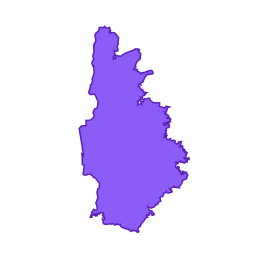 the district of Tulkarm, West Bank, Palestine, rotated 349°
{"feature_id": "87354302B17069565895340", "entity_name": "Tulkarm", "entity_type": "district", "adm_level": 2, "iso_a3": "PSE", "parent_name": "Palestine", "parent_adm1": "West Bank", "projection": "robinson", "projection_center": [35.087, 32.327], "detail": "fine", "context": "isolated", "style": "filled", "palette": "violet", "viewbox_px": 256, "rotation_deg": 349, "n_neighbors": 0, "source": "geoboundaries", "source_scale": "gbopen_adm2", "svg_char_len": 5914}
<svg xmlns="http://www.w3.org/2000/svg" viewBox="0 0 256 256"><g transform="rotate(349 128 128)"><path d="M151.5,85.7L153.4,82.5L155.8,79.9L157.2,79.3L162.6,79.5L163.1,78.8L162.8,76.9L161.9,75.9L159.8,75.8L153.8,76.7L152.7,76.3L151.8,76.5L150.9,77.2L149.0,74.4L148.6,74.5L147.5,73.1L148.1,72.5L148.0,72.0L146.9,72.4L146.5,71.7L145.6,71.9L145.7,71.4L145.0,71.7L144.8,71.0L147.5,69.4L147.0,68.0L149.6,64.4L153.2,62.4L154.6,57.4L152.8,54.3L154.1,53.7L153.7,52.7L150.4,51.7L149.8,52.3L138.8,54.3L134.4,56.3L129.7,54.3L129.1,54.7L129.6,55.9L128.4,56.7L128.8,57.2L126.9,57.7L127.4,55.0L128.7,54.0L129.4,52.7L129.1,51.1L129.4,49.3L131.0,50.4L132.7,50.3L133.2,47.5L132.4,46.5L133.9,44.2L134.5,43.8L134.4,43.4L134.7,41.3L136.0,37.8L134.1,33.6L132.7,31.9L130.6,31.2L129.7,31.4L127.9,31.0L128.2,29.7L128.8,30.0L129.6,28.9L129.0,27.6L129.2,26.3L128.9,25.6L127.2,26.1L126.1,25.8L124.3,23.8L123.9,24.2L121.8,24.7L120.0,23.9L119.0,23.9L117.7,27.2L114.7,28.7L113.2,30.7L113.2,35.8L112.7,37.0L110.9,38.8L111.0,39.5L110.5,39.6L110.3,40.6L109.8,40.8L110.2,41.7L109.6,42.9L109.3,46.6L107.6,49.7L107.1,51.5L107.5,54.2L105.8,55.7L104.9,57.5L105.3,60.5L106.1,60.6L105.3,67.8L102.2,72.8L102.0,75.0L101.0,77.2L100.5,77.6L100.5,78.2L99.3,78.6L99.2,79.6L98.0,82.4L96.1,85.6L97.1,87.9L100.3,88.2L102.0,88.9L103.7,96.4L103.0,98.2L103.1,98.8L101.5,102.3L99.7,103.0L98.8,102.9L98.3,104.1L97.6,104.4L96.9,105.6L96.6,106.8L97.3,109.4L96.3,111.0L92.9,113.0L89.6,112.9L88.3,112.4L87.3,117.7L82.7,117.1L80.0,119.2L79.5,138.2L79.1,140.6L79.4,140.6L79.3,144.9L78.9,145.0L78.7,147.2L78.3,147.1L78.6,144.7L77.8,144.2L77.6,147.6L76.2,155.0L76.5,155.5L78.0,156.1L75.1,164.8L75.6,165.5L77.7,166.2L78.7,166.2L79.8,165.5L82.6,166.4L83.3,167.6L84.1,168.1L84.9,170.1L86.4,170.7L89.6,177.3L88.8,179.0L88.3,181.4L86.7,182.2L85.2,185.4L85.2,190.7L82.0,195.7L82.6,197.7L82.4,201.2L82.6,202.1L81.0,202.8L78.7,201.2L77.5,202.9L76.6,203.4L76.1,204.3L76.4,204.8L73.9,208.4L75.5,208.7L76.1,206.5L78.6,207.1L79.3,208.2L81.0,208.2L81.2,207.2L78.8,206.4L78.7,206.0L81.1,206.8L81.2,206.2L82.1,206.6L82.7,205.9L83.4,206.0L83.0,206.8L83.9,207.0L84.2,206.2L85.8,205.9L87.6,206.6L87.5,207.2L86.4,208.5L87.6,208.9L86.5,210.8L87.7,210.5L88.0,211.6L87.1,213.3L85.5,212.8L85.9,214.1L85.5,216.2L85.7,217.2L86.3,217.7L88.7,218.6L91.4,218.4L92.7,219.1L95.0,219.1L97.1,220.9L98.5,219.8L99.1,220.5L100.7,221.2L102.4,221.3L101.9,222.4L102.8,224.1L107.5,227.0L108.8,227.1L109.0,227.8L110.2,228.5L111.1,230.1L111.8,230.1L113.2,229.2L114.7,230.2L116.8,230.8L117.2,232.1L118.1,232.2L118.9,231.5L118.5,229.9L118.2,229.8L118.4,228.7L119.5,227.7L121.2,226.9L122.8,224.5L126.4,221.8L128.0,219.7L130.3,219.3L129.3,217.1L129.9,216.8L132.0,217.7L132.5,215.5L134.8,217.1L134.9,218.3L137.3,218.1L137.0,216.3L135.6,215.2L135.7,214.0L133.2,213.2L132.4,209.0L134.4,210.5L135.8,211.0L139.0,210.3L139.8,209.2L140.9,209.1L141.3,208.2L143.0,208.3L143.6,206.7L146.2,206.0L146.1,203.8L145.6,202.7L147.3,201.8L149.0,201.8L151.1,198.6L152.7,198.6L153.5,197.5L153.8,198.4L154.9,199.5L158.8,199.3L159.2,198.5L158.8,198.1L158.9,197.2L158.0,197.1L157.3,195.6L158.3,195.6L159.0,195.1L161.7,194.5L162.3,194.9L162.3,194.3L163.2,195.2L167.1,196.6L167.3,195.2L169.3,193.6L171.2,191.2L170.9,190.5L171.2,190.0L175.6,189.0L175.8,188.3L176.5,187.6L176.4,187.2L177.6,186.2L177.5,184.7L176.5,184.1L176.9,182.7L175.8,182.1L174.5,182.1L174.0,181.2L173.5,181.0L172.8,182.5L174.1,183.5L171.6,183.9L171.0,181.9L171.7,180.9L170.7,179.5L170.2,180.1L169.8,179.7L169.6,179.0L169.9,178.5L169.4,177.8L170.6,176.9L170.6,176.1L169.3,175.4L168.4,177.0L167.3,175.6L167.6,174.1L169.0,171.8L168.2,171.0L168.7,170.8L170.1,172.5L171.0,170.8L172.8,170.5L173.1,171.6L174.2,171.2L174.4,171.9L175.7,172.3L175.6,172.6L176.7,173.2L178.2,172.4L179.6,172.6L179.6,171.9L178.6,171.5L179.4,170.8L179.9,171.1L180.5,170.8L180.7,170.0L181.9,170.5L182.1,169.9L181.5,169.7L181.8,168.9L177.9,169.2L176.5,167.9L177.6,168.4L178.5,168.3L179.4,167.4L179.1,165.9L180.2,165.5L179.9,164.6L181.1,164.1L181.3,163.5L180.4,162.4L179.9,163.0L179.0,162.7L178.5,161.8L178.2,160.9L179.4,161.4L179.5,160.1L178.5,160.1L178.5,159.3L177.7,159.2L178.1,157.3L177.7,156.4L178.1,156.4L178.1,155.9L177.1,155.9L176.7,156.5L176.2,156.6L174.9,156.3L175.8,155.7L175.9,155.0L176.1,155.6L176.5,154.9L176.4,154.3L177.9,151.4L174.8,151.3L174.9,152.4L173.0,153.1L172.7,152.5L171.7,152.5L171.0,151.2L171.9,149.9L170.6,148.7L169.0,149.0L167.2,147.7L167.7,146.6L164.7,147.0L164.1,146.7L163.6,144.1L164.9,142.6L164.4,141.9L163.4,142.5L162.6,144.2L161.8,143.7L162.6,142.5L162.6,140.8L164.6,140.3L164.1,138.6L164.6,138.6L165.0,137.7L165.3,137.6L165.0,136.5L166.2,135.2L167.6,135.4L168.9,134.8L168.9,131.9L168.7,131.0L169.2,130.5L168.0,130.4L166.8,130.9L167.3,131.4L166.6,132.2L166.0,132.3L164.6,132.0L164.4,132.3L163.8,131.9L163.3,131.0L163.5,130.5L164.1,130.5L163.8,130.1L164.1,129.9L165.7,130.3L166.2,130.0L166.9,130.4L166.8,130.0L167.4,129.8L170.6,130.1L170.9,129.9L170.5,128.8L171.7,127.5L171.3,126.6L170.5,126.6L170.3,125.8L168.3,126.0L168.3,125.6L168.9,125.3L170.3,125.0L169.6,122.7L168.1,122.2L168.3,121.5L166.9,121.1L167.3,120.0L166.8,119.3L168.6,119.6L168.5,118.8L169.6,118.2L169.6,117.5L170.8,115.7L172.7,115.3L169.5,113.9L168.0,115.3L163.4,113.0L162.7,112.5L163.2,112.1L163.8,109.4L157.6,108.0L155.4,105.5L154.8,102.9L153.3,102.6L151.5,103.2L150.0,102.4L148.9,102.9L148.4,105.1L147.1,105.1L146.6,104.4L145.6,104.4L145.8,107.4L145.4,106.9L144.2,106.7L142.0,107.3L143.0,104.3L142.4,103.9L142.5,103.3L144.6,103.5L145.2,102.9L145.0,102.5L145.2,102.3L145.7,102.5L146.1,101.8L147.4,102.6L146.3,100.4L147.7,101.2L148.0,101.1L147.6,100.5L148.3,99.6L149.3,99.1L150.5,99.1L150.8,98.2L151.6,98.1L151.8,97.3L153.2,96.8L152.4,96.4L150.9,97.1L150.3,96.8L150.4,96.4L150.8,96.4L150.6,95.5L149.8,95.1L149.9,93.6L149.2,92.8L148.5,93.1L147.4,91.2L147.4,89.6L146.2,89.4L146.3,88.4L147.2,87.2L147.7,87.1L148.7,87.9L148.4,86.9L150.2,85.9L151.5,85.7Z" fill="#8b5cf6" stroke="#5b21b6" stroke-width="1.5"/></g></svg>